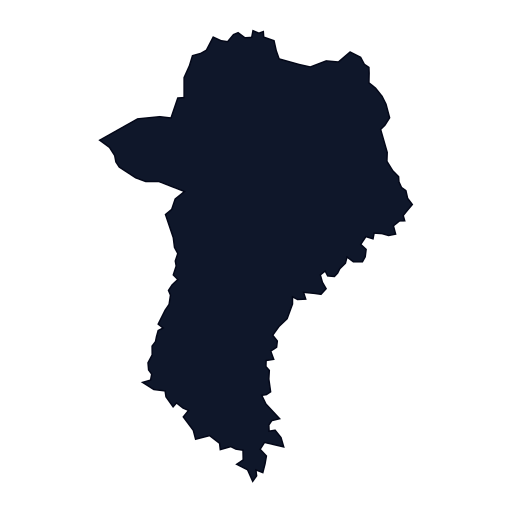 Ciríaco, Rio Grande do Sul, Brazil (Albers equal-area conic projection)
{"feature_id": "56859067B13253078936111", "entity_name": "Ciríaco", "entity_type": "district", "adm_level": 2, "iso_a3": "BRA", "parent_name": "Brazil", "parent_adm1": "Rio Grande do Sul", "projection": "albers", "projection_center": [-51.915, -28.368], "detail": "fine", "context": "isolated", "style": "filled", "palette": "ink", "viewbox_px": 512, "rotation_deg": 0, "n_neighbors": 0, "source": "geoboundaries", "source_scale": "gbopen_adm2", "svg_char_len": 2125}
<svg xmlns="http://www.w3.org/2000/svg" viewBox="0 0 512 512"><path d="M99.7,140.2L109.5,147.4L114.7,155.5L115.9,161.9L119.3,167.1L135.7,177.8L145.7,181.5L158.9,181.5L184.5,191.5L175.2,199.0L171.7,209.4L165.5,214.5L173.3,237.7L174.5,247.4L177.8,253.5L175.3,261.0L176.2,266.0L173.3,274.9L177.9,279.5L172.2,284.8L168.5,290.4L170.5,295.1L169.1,304.4L165.2,310.1L158.2,324.1L163.1,328.0L158.2,330.5L156.5,336.6L155.5,341.6L152.1,346.1L152.2,354.9L148.0,362.8L148.6,369.9L151.7,374.1L150.6,380.1L142.6,382.4L153.8,389.5L165.1,390.9L166.0,396.8L173.1,406.8L176.5,402.9L183.1,408.1L188.6,410.4L183.3,416.9L193.3,430.3L195.6,439.2L203.4,437.2L209.6,435.6L219.6,443.3L220.3,449.6L230.8,446.6L235.9,449.1L243.0,450.2L243.2,459.9L236.7,464.3L247.6,469.8L252.7,481.3L256.6,475.8L255.9,469.9L262.8,472.6L265.0,464.0L266.4,456.0L260.1,449.3L264.5,442.4L283.7,446.9L281.0,437.6L275.1,430.2L269.1,431.2L268.8,425.0L271.8,420.6L279.6,418.7L265.9,404.0L261.7,395.3L266.4,394.6L270.6,391.8L268.8,379.0L269.3,370.4L265.9,366.6L266.1,360.5L273.7,359.3L270.7,351.1L276.6,347.2L277.3,341.0L272.7,335.2L279.1,326.3L287.1,318.7L292.5,304.0L292.5,296.8L297.6,299.5L305.7,299.1L303.5,292.3L314.6,293.4L321.0,294.3L326.1,288.7L322.4,282.3L320.3,274.9L325.2,271.0L327.7,275.9L334.4,276.5L337.6,273.1L339.8,268.7L345.4,263.2L347.0,257.0L353.4,261.8L362.4,261.8L365.2,256.8L366.1,249.4L360.7,244.4L365.9,236.6L373.0,238.8L374.1,233.1L382.0,233.6L388.6,235.5L395.6,234.1L393.4,225.8L399.5,220.9L404.7,220.8L403.2,215.5L407.4,210.3L412.3,204.5L407.6,198.3L405.9,190.7L401.5,187.5L398.9,181.8L398.6,176.7L392.7,170.7L386.9,161.3L387.2,152.4L380.6,129.4L384.9,125.2L389.6,117.8L386.0,104.2L382.1,96.4L375.5,88.1L368.9,82.8L369.1,73.2L368.9,67.4L364.3,64.3L360.6,57.3L350.1,52.0L338.4,62.0L326.2,60.9L310.3,67.0L299.1,64.5L279.1,58.9L276.2,50.6L274.0,40.7L263.7,37.1L263.3,31.6L258.9,33.2L253.0,30.7L251.7,37.4L244.9,37.8L238.1,32.7L233.5,34.6L227.6,41.7L221.0,40.7L213.2,37.1L206.4,50.2L200.8,53.4L192.5,55.7L189.5,65.6L184.1,77.6L184.1,97.6L177.8,98.0L171.0,118.0L159.8,116.7L137.6,118.9L99.7,140.2Z" fill="#0f172a" stroke="#020617" stroke-width="1.5"/></svg>